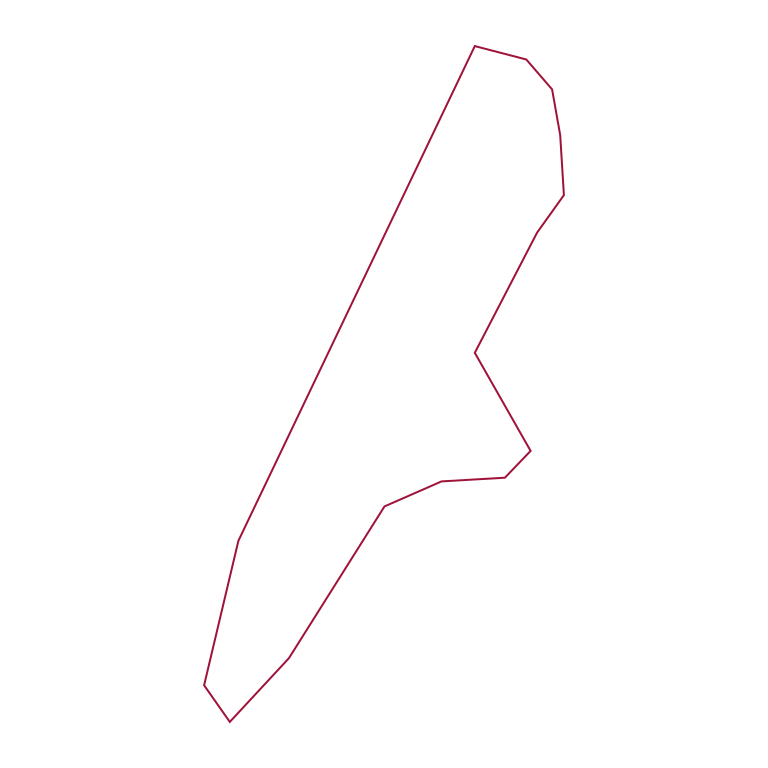 map outline of Peleliu (Robinson projection)
{"feature_id": "PLW-5258", "entity_name": "Peleliu", "entity_type": "state/province", "adm_level": 1, "iso_a3": "PLW", "parent_name": "Palau", "parent_adm1": "", "projection": "robinson", "projection_center": [134.266, 7.029], "detail": "fine", "context": "isolated", "style": "outline", "palette": "rose", "viewbox_px": 768, "rotation_deg": 0, "n_neighbors": 0, "source": "natural_earth", "source_scale": "10m", "svg_char_len": 315}
<svg xmlns="http://www.w3.org/2000/svg" viewBox="0 0 768 768"><path d="M474.8,46.1L526.3,59.5L552.1,89.4L560.2,135.1L563.9,195.1L537.1,232.6L474.8,352.8L530.6,450.9L504.9,477.7L441.5,481.4L384.5,506.4L288.9,658.2L229.8,721.9L204.1,685.3L238.4,540.8L474.8,46.1Z" fill="none" stroke="#9f1239" stroke-width="2"/></svg>